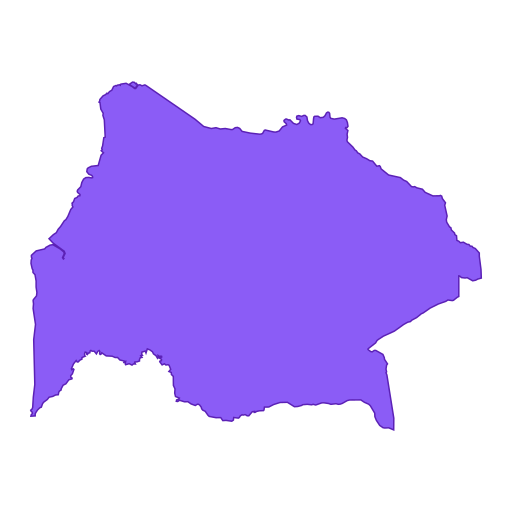 Balao, Guayas, Ecuador (Mercator projection)
{"feature_id": "8360857B63754497407840", "entity_name": "Balao", "entity_type": "district", "adm_level": 2, "iso_a3": "ECU", "parent_name": "Ecuador", "parent_adm1": "Guayas", "projection": "mercator", "projection_center": [-79.769, -2.889], "detail": "fine", "context": "isolated", "style": "filled", "palette": "violet", "viewbox_px": 512, "rotation_deg": 0, "n_neighbors": 0, "source": "geoboundaries", "source_scale": "gbopen_adm2", "svg_char_len": 5948}
<svg xmlns="http://www.w3.org/2000/svg" viewBox="0 0 512 512"><path d="M138.3,85.0L135.7,88.5L134.6,88.5L132.2,86.6L126.1,83.3L121.0,84.1L120.4,84.4L120.3,85.2L119.6,84.8L117.6,85.1L116.6,85.9L116.0,85.5L113.6,86.5L111.8,90.2L109.5,91.6L107.8,93.7L106.9,93.2L105.6,94.6L103.1,95.8L99.9,99.4L99.6,101.3L99.0,102.1L100.0,102.7L100.8,109.1L103.2,113.3L102.9,115.4L104.3,119.8L105.2,137.1L103.8,137.7L102.6,145.9L101.7,148.3L102.2,149.7L101.2,150.7L103.5,152.8L101.1,155.2L98.2,165.5L91.3,166.3L88.1,167.9L87.2,168.9L86.8,171.7L88.8,174.2L91.8,175.4L92.6,176.7L92.6,177.6L91.7,177.9L88.6,177.4L85.8,177.6L83.6,179.1L81.8,182.5L80.8,186.7L77.7,189.9L77.2,191.2L77.6,192.4L80.0,194.5L79.9,195.7L78.1,196.0L77.1,197.4L74.7,198.5L73.5,201.8L72.0,203.2L72.4,204.1L72.1,205.1L72.9,207.0L70.8,209.4L67.8,216.5L65.9,219.6L64.3,220.8L60.5,226.6L58.2,229.2L56.3,232.7L53.4,234.6L49.0,238.7L53.0,243.0L64.2,251.2L65.1,253.5L63.1,257.5L63.9,258.6L63.4,259.0L62.5,257.7L64.2,253.8L63.9,252.0L60.1,248.9L52.9,244.7L50.1,245.1L45.9,247.4L44.7,248.9L36.2,250.9L31.4,255.3L31.4,257.1L32.0,258.2L31.2,260.1L31.0,263.5L32.2,268.8L32.9,269.9L33.0,272.5L35.0,274.7L36.1,281.0L36.1,287.1L36.9,292.5L36.5,295.9L33.4,299.6L33.1,300.6L33.5,303.8L33.1,308.5L35.5,324.4L33.7,339.6L34.8,384.5L33.3,397.2L32.7,407.3L32.1,409.0L30.7,410.2L31.1,411.2L32.2,412.2L32.4,413.5L31.2,414.8L30.9,416.2L35.2,415.9L35.2,413.9L35.8,412.6L37.6,409.9L39.9,407.7L41.3,407.2L42.6,403.6L43.8,402.1L47.3,399.5L49.1,397.2L52.8,396.4L55.5,395.0L58.3,394.7L58.7,392.4L59.4,391.1L61.1,390.0L61.2,388.8L63.1,385.2L65.9,383.8L68.8,379.8L71.9,378.9L72.1,378.1L70.8,377.2L70.7,375.7L72.4,373.8L73.9,369.4L73.2,368.8L71.7,369.7L71.4,368.8L73.5,363.9L76.2,360.5L77.2,362.0L78.1,362.0L80.1,360.0L81.9,359.2L82.0,357.5L85.2,356.2L84.7,355.7L84.6,353.7L85.2,352.1L86.7,352.6L86.7,354.2L87.3,354.6L88.4,353.1L89.8,352.8L90.2,350.9L90.9,350.4L92.0,351.2L94.2,351.2L96.4,353.9L97.8,351.4L99.1,350.5L99.8,351.4L99.6,353.8L100.2,354.5L100.9,354.3L101.8,352.8L106.2,355.9L112.2,356.2L115.1,357.5L117.6,357.5L119.9,360.0L124.1,361.0L124.2,361.9L123.4,363.0L125.0,361.4L125.7,361.3L125.2,363.8L125.6,364.7L129.2,363.7L132.0,365.1L133.5,363.9L135.4,364.0L134.6,362.3L134.8,362.0L137.2,361.8L139.5,361.0L139.5,359.4L140.3,357.7L142.0,357.4L140.8,355.7L142.4,355.3L141.7,354.4L141.9,352.1L145.3,351.1L146.0,353.0L147.3,348.9L149.7,349.8L152.4,351.7L153.5,353.9L156.0,355.7L157.6,358.4L158.3,357.7L158.0,355.4L158.8,355.8L159.3,356.9L160.8,356.1L161.6,356.3L161.7,357.1L159.6,358.2L161.5,359.4L161.4,360.7L160.0,361.0L159.7,361.7L162.1,364.9L164.4,363.8L165.9,365.0L168.0,364.7L169.1,365.3L170.7,369.3L168.9,371.5L171.3,372.5L171.4,374.5L173.3,376.4L173.4,385.4L175.0,388.9L174.7,393.1L175.5,396.5L179.4,398.1L178.9,399.1L176.6,399.9L176.3,401.3L177.7,401.5L179.6,400.3L184.5,401.8L187.9,401.7L191.0,403.9L195.3,405.5L197.4,404.2L198.6,404.3L199.8,405.2L201.3,407.3L201.6,408.7L202.7,410.1L205.2,411.3L208.0,415.3L209.2,416.4L216.0,417.7L220.7,417.6L222.8,420.6L226.0,420.4L231.8,421.2L233.4,420.1L233.7,417.5L238.4,418.1L239.3,417.5L240.3,415.9L242.1,414.7L243.0,415.1L245.2,414.6L247.2,415.8L248.8,415.8L252.3,411.7L254.5,411.4L254.3,412.4L255.0,412.4L256.7,411.4L259.4,410.8L263.5,410.6L264.0,409.9L264.4,407.1L268.8,407.0L273.7,404.5L280.0,402.5L287.4,402.3L294.4,406.7L297.7,406.5L301.8,405.4L302.6,404.7L307.3,404.3L311.7,404.8L313.1,404.3L315.7,405.0L321.7,402.9L323.8,402.8L328.6,403.5L330.9,404.3L336.0,403.7L338.3,404.3L340.3,404.1L342.3,403.4L347.2,400.6L349.6,400.0L360.8,399.9L364.4,402.3L368.7,404.2L370.3,405.7L374.7,413.1L374.9,416.7L376.4,420.4L379.7,425.4L383.0,427.7L384.7,428.0L388.7,427.8L393.7,429.9L393.8,418.2L386.9,375.0L386.0,372.7L386.6,371.9L386.0,369.1L386.6,365.1L387.5,363.9L384.5,359.3L384.3,357.6L382.9,354.4L375.7,350.4L374.3,350.4L372.3,351.8L370.9,351.7L368.3,349.8L367.9,349.2L368.3,348.6L375.6,342.9L377.0,340.5L378.3,339.5L383.3,336.2L394.4,331.1L403.6,324.5L407.7,322.2L410.4,321.6L411.9,320.1L416.6,317.6L421.4,313.7L423.1,313.0L430.1,308.1L438.3,304.0L445.9,301.3L447.9,300.0L452.3,300.6L453.5,300.3L457.2,297.3L458.8,296.5L458.8,275.9L459.6,276.0L461.5,277.6L465.1,278.0L467.2,277.7L472.7,280.8L475.7,280.2L477.7,279.1L481.3,278.1L481.0,269.5L479.3,256.2L479.3,253.0L475.3,248.5L473.0,247.5L471.9,246.2L470.3,246.2L468.9,244.5L467.0,244.3L463.4,242.2L460.3,242.7L458.8,241.2L456.9,240.4L456.5,235.7L454.8,234.6L454.6,233.1L451.4,230.0L450.8,227.6L449.6,227.0L446.7,222.2L446.3,219.7L447.1,216.0L444.7,205.2L445.5,202.8L442.4,198.6L441.7,196.1L440.3,195.4L439.5,195.8L432.9,195.9L425.2,192.4L422.4,189.2L416.8,187.8L414.7,186.6L413.2,186.9L411.5,186.6L406.7,181.5L403.6,180.1L400.4,177.6L388.6,175.0L381.1,168.9L380.3,166.6L379.5,165.7L376.8,166.2L372.6,161.1L369.9,160.7L366.6,158.7L362.6,157.0L359.8,153.9L357.8,152.9L356.3,150.8L355.0,150.0L352.9,147.1L347.4,141.8L346.9,140.2L347.5,137.4L347.1,134.2L347.9,130.5L345.4,128.3L345.7,127.5L347.1,127.6L348.0,126.3L347.4,122.5L346.4,119.9L344.7,118.5L342.1,117.8L334.3,119.1L330.7,118.3L330.0,117.1L329.6,113.3L328.8,112.3L327.8,112.1L326.5,112.9L325.0,115.7L323.3,117.3L320.3,117.7L318.0,116.2L314.7,116.3L313.9,116.9L313.6,118.4L313.1,123.8L312.0,124.6L310.6,124.6L308.8,123.2L307.5,120.7L306.9,117.0L305.1,115.4L303.8,115.4L301.7,116.4L298.7,115.6L296.9,116.1L296.5,117.3L296.9,119.1L299.8,119.6L300.5,120.8L299.3,123.1L296.8,124.5L293.5,123.4L289.9,119.8L288.8,120.0L286.4,119.0L285.6,119.1L284.0,120.4L284.1,121.7L286.3,123.7L286.6,125.1L282.5,126.9L279.2,131.0L275.8,132.1L273.9,132.0L265.2,130.0L264.3,130.4L262.6,133.4L261.3,134.0L259.8,134.2L250.2,133.1L242.1,131.4L239.7,128.4L237.5,127.4L235.2,127.7L232.6,129.5L231.3,129.6L225.2,128.5L220.4,129.0L216.0,127.7L211.3,128.5L203.7,126.5L195.0,119.2L146.2,85.6L144.9,84.9L142.0,85.8L140.0,84.8L138.3,85.0ZM135.9,82.8L136.4,84.4L134.3,82.3L132.5,82.1L129.2,84.4L134.3,87.7L135.7,88.0L136.5,86.2L137.6,85.0L135.9,82.8Z" fill="#8b5cf6" stroke="#5b21b6" stroke-width="1.5"/></svg>